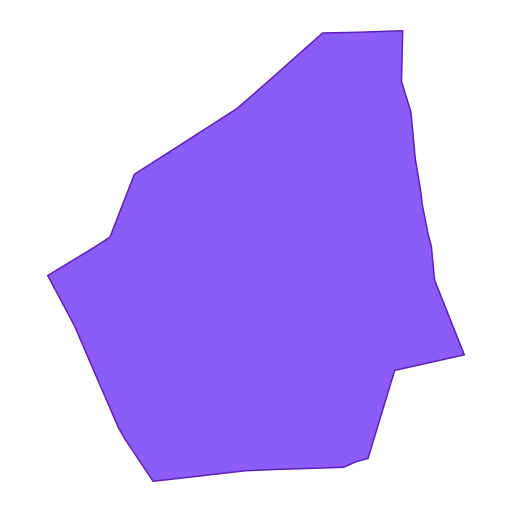 outline of O'ndorshil, Dundgovi, Mongolia
{"feature_id": "93677404B66675280526983", "entity_name": "O'ndorshil", "entity_type": "district", "adm_level": 2, "iso_a3": "MNG", "parent_name": "Mongolia", "parent_adm1": "Dundgovi", "projection": "mercator", "projection_center": [108.243, 45.268], "detail": "fine", "context": "isolated", "style": "filled", "palette": "violet", "viewbox_px": 512, "rotation_deg": 0, "n_neighbors": 0, "source": "geoboundaries", "source_scale": "gbopen_adm2", "svg_char_len": 531}
<svg xmlns="http://www.w3.org/2000/svg" viewBox="0 0 512 512"><path d="M401.5,81.4L402.7,30.7L357.0,32.3L322.6,33.0L270.0,79.7L237.1,108.5L134.4,174.3L110.0,237.0L95.9,246.3L47.7,275.5L74.5,325.9L100.4,386.0L103.4,392.8L118.4,427.7L124.3,438.1L153.1,481.3L244.9,470.8L269.9,469.7L343.6,467.3L355.5,461.9L368.0,458.4L394.7,370.4L464.3,354.8L434.5,279.8L431.4,246.6L428.1,234.2L422.1,203.7L421.3,195.8L419.7,185.2L418.8,179.8L417.4,171.0L415.4,159.6L410.9,112.0L401.5,81.4Z" fill="#8b5cf6" stroke="#5b21b6" stroke-width="1.5"/></svg>